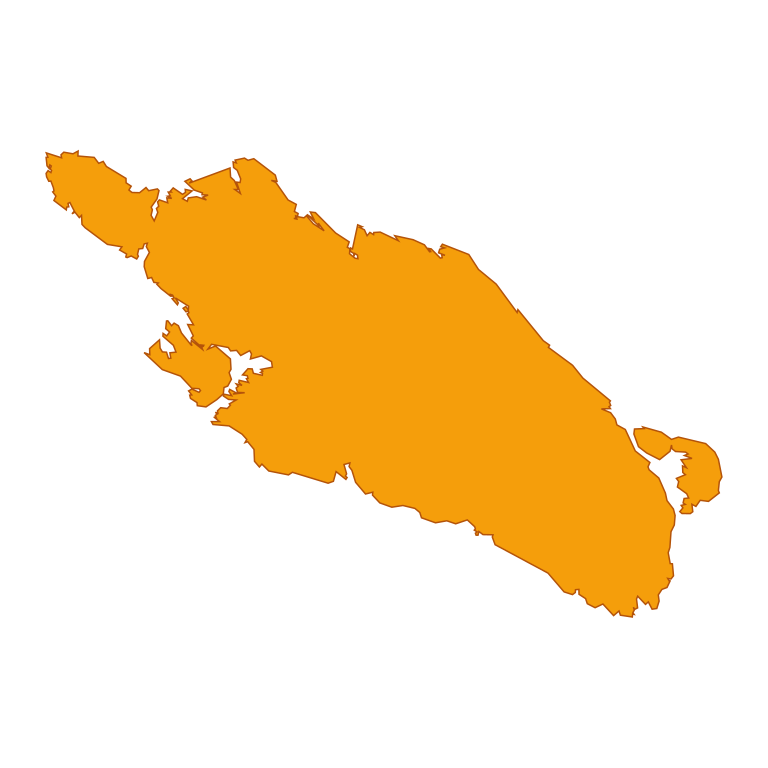 the district of Meland nor, Norway
{"feature_id": "86288312B27116623213145", "entity_name": "Meland nor", "entity_type": "district", "adm_level": 2, "iso_a3": "NOR", "parent_name": "Norway", "parent_adm1": "", "projection": "albers", "projection_center": [5.101, 60.561], "detail": "fine", "context": "isolated", "style": "filled", "palette": "amber", "viewbox_px": 768, "rotation_deg": 0, "n_neighbors": 0, "source": "geoboundaries", "source_scale": "gbopen_adm2", "svg_char_len": 6080}
<svg xmlns="http://www.w3.org/2000/svg" viewBox="0 0 768 768"><path d="M61.6,157.8L46.3,152.9L47.9,157.3L46.1,157.4L47.0,165.8L49.0,168.3L49.8,164.9L51.3,166.0L50.2,169.0L51.6,170.5L50.9,172.6L48.1,170.6L46.1,173.4L46.6,176.9L48.8,181.3L50.9,181.1L53.3,187.5L54.0,190.9L52.7,191.9L55.9,196.1L53.9,200.5L66.3,209.9L66.7,207.1L68.8,206.8L68.0,203.4L69.9,202.5L74.3,211.1L72.0,213.8L75.0,212.2L79.3,217.6L81.5,215.4L82.0,224.4L85.2,227.8L107.4,244.4L121.9,246.8L119.6,250.0L126.6,254.0L125.8,257.0L127.1,257.6L131.2,256.0L136.7,259.0L138.4,256.2L137.5,254.4L138.8,248.9L142.7,248.5L144.2,243.9L147.4,243.2L146.3,246.6L149.4,252.4L144.5,261.4L144.2,266.7L147.8,278.5L151.6,277.5L153.9,282.4L158.2,283.0L156.9,284.3L161.0,288.6L170.5,296.1L171.8,296.1L169.5,294.1L172.6,295.1L174.1,297.9L172.1,298.7L177.4,304.8L178.3,302.9L175.4,297.9L188.6,306.2L188.3,310.0L185.8,306.5L183.1,308.3L186.0,311.8L188.3,311.0L188.9,312.7L187.2,314.0L193.5,324.8L187.7,324.5L193.3,335.9L191.3,338.1L200.8,346.5L202.2,346.4L199.6,344.8L203.7,345.3L201.8,347.5L202.6,349.5L191.4,340.5L190.9,343.8L192.2,345.6L191.0,344.9L181.5,333.0L178.4,325.7L174.1,323.1L171.6,325.7L167.8,320.8L166.5,321.0L165.7,328.7L169.6,332.0L166.7,335.9L163.1,333.4L162.9,336.2L173.4,345.3L176.0,352.1L169.9,352.8L170.8,358.2L168.5,358.5L166.5,352.2L162.4,351.9L160.1,348.1L159.5,339.8L149.6,348.6L149.8,354.7L144.1,352.6L162.3,369.6L180.5,376.1L191.9,388.3L199.0,388.7L200.5,390.6L199.0,392.3L191.9,389.1L188.6,390.9L191.7,394.9L189.7,395.1L190.5,398.4L197.0,402.6L197.3,405.7L206.0,406.9L216.7,399.7L223.3,393.9L224.0,387.5L227.7,386.1L231.4,379.3L229.1,372.6L231.0,369.3L230.4,358.9L215.5,346.0L207.9,349.1L211.6,344.3L228.3,347.5L230.6,350.9L236.6,350.4L240.7,355.5L249.7,350.7L251.5,353.9L250.4,359.0L261.4,355.9L271.5,361.6L272.4,367.2L260.8,369.4L262.8,371.1L260.5,372.5L262.5,373.3L262.3,375.3L253.4,373.3L252.2,368.9L248.0,368.7L242.5,374.9L247.3,375.7L248.0,378.3L246.4,378.7L248.6,382.5L239.2,380.3L238.8,382.6L242.0,385.4L236.2,383.9L238.2,386.4L236.1,388.0L237.6,392.4L244.7,392.7L232.9,394.1L236.4,393.0L229.7,389.4L228.9,391.5L231.7,395.7L224.1,394.2L223.4,396.0L228.5,399.4L236.1,400.0L229.3,403.9L230.4,405.2L227.3,408.5L220.7,407.7L217.5,410.8L217.9,413.2L215.4,412.3L217.2,414.1L215.3,415.4L216.6,418.5L213.7,416.8L219.5,421.6L211.4,421.6L213.0,424.5L229.1,425.9L242.1,434.2L246.8,439.4L245.0,442.6L247.7,441.7L254.0,449.4L254.5,461.3L259.4,467.0L261.9,464.1L268.8,471.0L288.5,474.9L292.4,472.3L328.1,483.2L333.4,481.3L336.1,471.6L345.9,479.4L347.1,477.5L345.4,476.1L346.6,473.9L344.0,464.5L349.9,462.9L349.1,466.6L351.9,470.3L355.6,482.3L365.5,494.0L372.8,492.2L372.5,495.1L379.8,502.9L391.8,507.2L402.9,505.5L414.9,508.4L419.8,512.5L421.5,517.8L435.5,522.8L446.8,520.8L455.7,523.8L467.3,519.9L474.7,526.7L475.4,529.0L474.3,530.1L477.1,531.9L475.4,533.2L476.1,535.2L478.0,535.2L478.9,531.5L483.0,534.6L493.0,534.8L492.3,537.0L495.1,544.7L548.0,573.1L564.1,591.9L572.5,594.6L575.3,592.5L575.5,589.7L578.9,589.4L579.0,594.3L585.6,598.6L587.3,603.7L595.1,607.7L602.9,604.0L613.6,615.6L619.0,611.0L620.4,615.2L632.3,617.0L632.6,614.1L634.1,614.4L632.9,612.7L634.3,610.0L633.4,607.2L634.6,609.4L637.6,607.9L636.5,599.0L637.7,596.2L645.5,604.4L648.3,601.9L652.1,609.2L656.8,608.5L659.1,601.1L658.3,594.9L661.9,589.4L667.0,587.5L670.4,580.3L669.5,581.5L667.7,578.4L671.0,579.0L673.5,575.8L672.4,563.8L670.2,563.6L668.2,552.7L669.9,547.4L671.0,531.7L674.3,525.0L675.1,515.5L673.4,509.0L667.0,500.6L665.4,493.1L658.8,478.0L649.1,469.8L648.0,466.8L649.9,462.5L635.3,451.0L625.3,429.5L616.9,424.9L615.3,419.0L610.6,412.7L601.4,408.9L610.4,408.6L609.0,406.7L610.7,405.5L609.4,402.2L610.4,400.9L582.9,378.1L572.6,365.3L548.4,347.4L549.6,345.2L543.3,340.7L517.9,309.6L517.1,312.5L496.2,284.1L478.5,269.5L468.8,254.5L442.4,244.2L440.7,246.7L444.6,247.9L439.7,249.2L438.6,252.8L445.0,255.3L441.7,254.7L442.2,257.7L440.3,258.1L431.2,248.9L428.9,248.5L430.7,251.6L429.6,251.8L424.4,244.8L413.1,239.7L394.8,235.7L398.3,240.7L380.2,232.1L373.8,232.5L373.6,234.6L369.9,232.4L367.1,235.7L364.4,229.8L359.6,227.4L362.1,226.7L357.7,224.8L352.5,248.9L350.6,248.0L350.4,251.3L353.8,253.5L353.9,256.3L354.8,253.5L357.5,255.2L357.9,258.7L355.0,258.2L349.5,253.7L349.9,248.8L347.3,247.3L349.2,241.9L335.6,233.0L315.4,212.6L310.3,212.0L313.7,218.9L306.8,214.4L319.7,226.6L318.3,223.1L324.1,230.8L313.2,223.7L306.4,215.7L304.0,217.8L297.8,216.7L296.4,217.1L296.9,219.1L293.8,218.4L295.9,218.4L295.6,215.8L297.5,216.3L298.1,213.5L294.4,211.5L296.3,204.4L288.1,200.0L275.8,182.4L271.3,180.4L277.0,181.3L275.3,175.1L253.8,158.7L248.0,160.3L244.5,158.1L235.1,160.1L236.3,162.9L233.1,161.9L233.6,167.5L237.2,170.3L240.7,178.9L240.1,182.5L236.5,182.1L240.4,193.5L234.8,189.5L238.3,189.5L234.3,180.5L230.6,177.1L230.0,168.0L189.2,183.1L191.9,180.8L190.1,178.8L184.9,181.3L194.3,190.1L202.4,192.9L202.0,194.7L208.1,195.1L202.8,197.1L206.4,200.0L196.6,196.7L188.3,197.9L187.3,201.3L182.5,198.7L192.1,190.9L185.2,189.4L185.5,192.4L182.5,194.3L173.2,187.9L170.3,191.2L171.2,192.0L168.2,192.1L170.3,195.8L167.6,196.2L171.8,198.4L166.8,197.9L167.7,202.8L159.4,199.9L157.6,201.9L158.7,206.3L156.4,208.5L157.8,212.4L154.2,220.9L151.1,215.3L152.4,209.8L151.2,207.1L157.0,198.9L159.0,190.6L157.4,188.9L148.7,190.7L146.0,187.5L139.6,192.7L132.0,192.5L128.9,190.0L131.2,186.2L126.1,182.8L126.0,178.4L106.4,166.5L103.2,161.4L98.7,163.3L94.2,157.4L77.9,156.0L78.1,151.0L73.0,153.8L63.8,152.2L61.0,154.8L61.6,157.8ZM642.9,427.0L644.1,428.6L634.5,429.0L633.9,434.0L638.5,446.7L646.7,453.0L659.6,459.6L670.0,451.3L671.5,445.0L672.0,448.7L675.5,451.5L685.6,452.1L688.1,454.0L684.4,455.5L692.0,458.4L681.1,459.8L686.4,467.7L682.5,465.9L682.8,472.5L685.4,474.7L676.4,478.4L678.7,481.5L677.4,487.0L686.7,493.7L688.7,498.0L684.1,498.5L683.1,502.9L685.3,504.4L681.2,505.4L682.9,507.9L679.8,511.6L682.0,513.5L690.3,513.6L692.8,511.7L691.9,504.3L695.9,506.4L700.2,500.3L708.5,501.4L719.3,492.9L718.4,490.6L719.3,481.7L721.9,477.0L718.4,459.3L714.8,452.1L705.7,443.6L678.4,437.1L671.5,439.4L661.4,432.2L642.9,427.0Z" fill="#f59e0b" stroke="#b45309" stroke-width="1.5"/></svg>